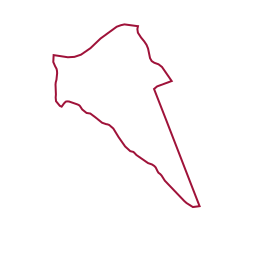 the border of Kouffo, rotated 159°
{"feature_id": "BEN-2176", "entity_name": "Kouffo", "entity_type": "Department", "adm_level": 1, "iso_a3": "BEN", "parent_name": "Benin", "parent_adm1": "", "projection": "robinson", "projection_center": [1.816, 7.113], "detail": "fine", "context": "isolated", "style": "outline", "palette": "rose", "viewbox_px": 256, "rotation_deg": 159, "n_neighbors": 0, "source": "natural_earth", "source_scale": "10m", "svg_char_len": 1061}
<svg xmlns="http://www.w3.org/2000/svg" viewBox="0 0 256 256"><g transform="rotate(159 128 128)"><path d="M85.9,156.4L89.7,155.1L89.5,120.9L89.4,87.1L89.3,52.3L89.2,29.4L95.8,31.0L100.2,36.9L101.7,39.8L112.5,65.6L113.7,71.6L114.4,73.4L115.6,75.3L115.9,76.9L116.3,81.3L117.1,83.2L118.7,85.4L121.9,88.1L129.8,99.7L130.8,102.2L131.5,103.7L134.2,105.6L137.3,111.8L140.0,122.6L141.9,132.8L144.5,137.6L145.9,138.8L147.0,139.4L150.3,142.2L154.6,149.6L158.0,155.0L161.3,156.9L164.1,161.7L165.0,165.8L165.5,166.8L166.6,168.0L173.6,173.9L175.4,174.7L176.7,174.9L178.9,173.9L182.3,171.7L183.7,173.1L185.6,178.8L184.6,182.4L183.3,185.1L180.1,194.5L179.1,196.5L177.5,198.7L174.5,204.6L173.8,206.9L173.5,208.9L173.9,211.8L174.1,216.4L171.3,222.7L158.8,215.6L152.5,213.6L145.6,213.3L134.4,216.0L121.5,221.4L102.2,226.6L97.7,226.5L94.2,226.0L83.0,219.9L82.2,219.5L83.8,217.0L84.6,213.4L83.4,207.8L81.8,203.0L80.9,199.0L80.8,195.0L82.4,185.3L81.9,182.0L80.1,179.5L77.1,176.9L76.7,176.6L74.4,172.8L70.4,156.2L85.9,156.4Z" fill="none" stroke="#9f1239" stroke-width="2"/></g></svg>